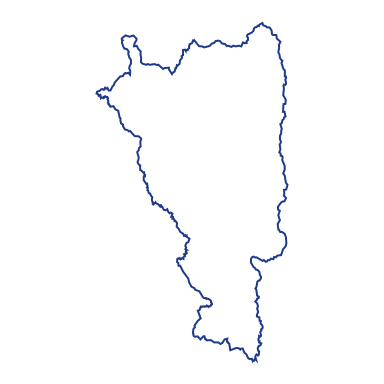 outline of Ngororero, Western, Rwanda
{"feature_id": "39286606B38913138871456", "entity_name": "Ngororero", "entity_type": "district", "adm_level": 2, "iso_a3": "RWA", "parent_name": "Rwanda", "parent_adm1": "Western", "projection": "equal_earth", "projection_center": [29.551, -1.904], "detail": "fine", "context": "isolated", "style": "outline", "palette": "blue", "viewbox_px": 384, "rotation_deg": 0, "n_neighbors": 0, "source": "geoboundaries", "source_scale": "gbopen_adm2", "svg_char_len": 5946}
<svg xmlns="http://www.w3.org/2000/svg" viewBox="0 0 384 384"><path d="M276.3,35.1L272.8,34.9L272.0,34.2L271.6,30.4L269.6,27.5L266.7,27.2L265.7,26.1L263.3,25.4L262.4,23.0L259.3,24.8L258.9,26.1L257.7,25.7L256.5,27.1L255.0,27.3L253.8,28.8L253.6,30.7L251.7,32.6L247.4,34.7L247.0,36.5L247.9,37.6L248.1,39.9L247.0,40.7L246.4,42.0L246.7,42.9L244.9,43.2L243.0,42.4L241.3,46.4L238.9,45.7L235.8,46.4L233.2,45.7L231.5,46.9L228.1,45.7L226.9,46.1L225.0,44.0L222.2,43.6L220.0,41.1L218.3,40.6L215.6,41.1L214.2,42.8L211.7,43.7L209.7,45.9L204.1,47.4L202.3,46.4L199.1,46.2L194.2,40.2L193.7,40.9L193.0,40.5L192.0,43.2L189.6,44.2L189.7,45.0L189.0,46.0L189.2,48.2L187.8,49.2L187.7,50.1L186.1,50.1L185.9,51.0L185.2,49.7L183.1,49.9L183.0,55.2L181.6,56.1L182.0,57.8L179.9,60.6L179.6,63.8L177.7,65.6L176.9,65.2L176.3,67.9L175.5,68.1L175.7,68.8L175.0,69.4L174.7,71.5L172.9,72.6L172.0,74.1L168.9,69.3L168.9,67.7L164.7,68.0L163.1,68.9L158.3,64.7L156.8,65.0L154.6,64.1L149.5,64.8L147.9,64.0L146.4,64.8L142.6,63.7L140.9,62.1L141.2,58.1L140.5,54.4L140.7,51.5L138.1,48.7L136.8,45.9L134.0,46.3L134.5,43.5L136.6,39.8L136.5,38.7L133.4,35.5L129.4,36.7L125.5,35.4L121.8,38.4L121.8,39.6L122.7,40.3L122.1,40.8L122.0,42.9L123.6,47.3L124.6,48.7L126.7,49.0L128.8,51.6L128.2,53.4L128.5,54.7L129.5,57.9L130.9,59.6L131.0,63.5L129.5,66.5L129.2,68.6L130.3,70.7L130.0,74.7L128.4,72.8L126.0,73.5L125.4,73.0L124.1,73.9L122.9,76.2L120.2,76.4L114.5,82.8L114.1,84.6L112.4,86.6L110.5,90.4L108.8,90.6L107.5,88.0L106.8,88.7L105.1,87.7L104.5,89.6L103.6,89.9L102.7,89.0L101.0,89.4L99.6,90.9L97.1,91.7L96.5,93.6L98.2,94.3L98.6,95.7L100.2,94.8L100.6,95.3L100.4,97.1L101.1,97.3L101.1,98.1L101.7,97.6L103.6,98.2L104.1,97.7L103.8,96.8L105.1,96.2L106.1,97.1L107.2,96.9L108.1,98.1L107.5,99.4L108.4,100.9L108.0,102.0L108.7,103.5L108.2,103.8L109.2,105.2L109.9,105.3L110.3,106.7L113.5,106.2L115.3,109.3L118.2,110.7L119.6,117.3L120.5,118.5L120.4,120.5L121.1,123.5L123.1,124.7L122.9,126.0L124.9,129.5L127.4,130.0L129.0,131.4L130.1,131.0L134.7,136.1L138.8,136.3L141.2,138.7L140.3,141.9L140.6,146.4L139.0,148.3L138.7,150.2L137.2,152.1L138.7,157.4L138.4,160.1L137.6,161.6L137.8,163.0L139.4,165.1L140.3,165.5L140.0,166.6L140.3,170.1L141.0,170.2L143.2,172.5L144.1,172.3L144.2,173.8L145.1,175.1L145.0,176.3L144.1,176.0L143.7,177.0L143.7,180.1L146.4,184.1L147.1,183.7L147.6,186.7L146.9,187.5L147.9,188.1L147.4,190.2L148.2,190.7L148.7,193.0L150.1,193.5L151.2,196.0L152.3,197.3L151.9,199.3L152.2,201.4L153.5,203.0L152.7,203.7L153.3,204.5L155.5,202.3L155.8,203.2L158.0,204.1L159.9,206.3L160.4,205.2L161.1,205.2L161.4,206.8L162.3,206.8L163.8,209.8L165.6,210.3L167.3,209.2L168.1,211.6L169.6,213.3L170.7,212.6L172.5,213.7L171.2,216.8L172.9,216.8L173.1,217.5L172.4,218.7L173.6,218.9L174.5,219.8L174.5,221.0L175.5,221.0L177.0,223.0L176.7,226.8L178.5,228.5L180.3,231.9L183.1,233.7L184.1,235.9L185.2,235.1L185.7,236.0L186.6,235.5L186.8,236.8L189.5,238.8L188.2,242.2L186.3,243.1L185.3,246.0L186.1,247.4L185.4,249.1L186.6,249.9L185.9,250.0L186.3,251.3L185.9,251.6L186.5,252.4L185.7,253.1L186.3,253.6L185.3,254.4L184.2,254.3L185.0,256.1L183.5,257.0L183.4,258.9L182.1,258.2L180.6,259.3L179.9,258.2L179.4,258.9L178.3,258.3L177.3,258.9L177.1,262.1L178.3,263.0L178.5,265.7L180.2,265.8L183.1,271.6L188.3,278.6L189.2,282.5L191.4,286.7L194.5,288.2L195.2,289.7L199.5,291.4L203.0,297.4L204.2,298.2L206.0,298.0L206.5,299.0L207.9,298.6L209.9,299.8L211.1,301.1L211.0,302.5L211.9,303.3L212.0,304.4L211.0,304.9L210.3,306.3L208.9,306.2L208.5,306.9L206.8,305.6L206.4,306.4L205.0,306.3L204.6,306.8L203.1,306.3L201.3,307.3L201.3,306.5L200.8,306.5L199.5,310.1L197.8,310.7L200.7,318.4L197.9,320.7L194.5,325.7L194.9,327.2L193.4,329.0L192.9,333.0L193.5,333.8L193.3,334.8L193.8,336.1L194.9,336.7L197.7,336.4L200.4,339.4L203.4,336.3L204.4,336.2L205.1,339.0L205.9,339.2L206.5,340.3L210.9,340.1L214.3,342.4L218.3,342.4L220.4,344.0L222.3,343.0L224.6,339.4L227.3,338.7L226.9,341.1L227.6,342.6L228.3,342.4L229.3,344.1L230.3,350.2L236.3,348.0L238.4,348.1L240.2,349.5L240.5,348.8L242.7,348.5L244.4,352.7L246.4,354.4L248.1,358.0L249.6,359.1L251.8,358.7L252.6,361.0L253.0,360.3L254.0,360.8L254.9,358.8L256.2,360.1L255.3,356.8L255.8,355.3L256.6,354.4L258.0,355.5L258.8,354.7L259.2,351.4L258.2,350.9L257.7,348.3L258.7,346.0L260.4,345.4L261.3,343.4L259.1,342.5L259.6,341.2L258.6,340.7L258.4,338.8L259.1,337.5L259.0,336.0L260.3,336.6L261.1,335.8L260.2,332.1L261.4,330.5L261.1,329.4L262.4,328.4L262.7,327.1L262.2,325.2L260.6,323.6L260.8,320.9L259.7,320.8L259.3,317.3L256.9,316.5L257.0,314.5L258.2,312.1L257.1,308.5L258.0,306.4L257.3,303.6L255.3,301.5L256.9,299.8L257.2,298.5L258.5,298.3L258.9,296.8L257.1,295.6L256.4,289.9L255.4,288.4L256.1,287.8L256.8,285.2L257.3,281.9L258.2,280.7L259.5,280.6L260.9,278.3L261.0,276.7L259.9,275.1L259.4,271.9L257.6,270.0L255.8,269.5L255.0,268.0L253.6,267.1L250.9,262.5L251.1,258.7L252.3,257.0L253.4,256.6L255.3,257.5L256.7,257.4L262.6,260.9L263.8,260.0L265.7,261.8L267.0,261.4L267.9,260.2L269.6,260.2L271.0,258.6L273.3,259.2L274.1,257.0L276.2,257.2L277.3,255.6L281.1,255.1L283.1,249.2L285.7,246.2L286.4,243.5L285.9,237.1L284.6,233.7L281.8,231.9L280.2,232.0L278.8,229.5L278.3,229.4L277.7,223.9L279.9,220.2L278.3,215.3L279.8,210.8L278.1,209.7L278.0,206.7L281.2,202.4L282.6,201.5L284.4,201.4L286.1,198.1L283.9,195.6L284.3,193.5L284.0,189.9L286.2,189.5L287.5,184.9L285.9,182.7L284.7,175.6L283.2,173.5L284.7,169.6L284.7,166.0L282.3,160.2L282.6,156.8L282.2,156.1L280.7,155.7L280.6,153.6L279.3,152.4L280.4,149.4L279.7,144.7L281.0,142.1L279.9,138.9L280.0,135.7L281.2,133.5L281.2,130.8L281.8,128.9L280.3,124.1L281.8,123.1L282.4,120.1L283.6,119.3L284.1,117.4L285.5,116.5L284.5,111.7L283.0,111.8L283.5,104.1L285.4,103.9L285.8,99.8L283.2,95.1L283.9,89.0L283.5,85.5L284.0,84.5L285.4,84.9L286.1,83.5L285.3,79.6L286.2,77.8L285.9,76.5L284.8,76.4L284.9,70.9L284.6,70.0L283.6,69.4L281.5,63.1L282.4,60.7L281.4,60.1L280.0,58.0L279.4,54.3L278.3,52.2L279.2,47.7L278.9,45.0L280.4,41.8L276.8,38.5L276.3,35.1Z" fill="none" stroke="#1e3a8a" stroke-width="2"/></svg>